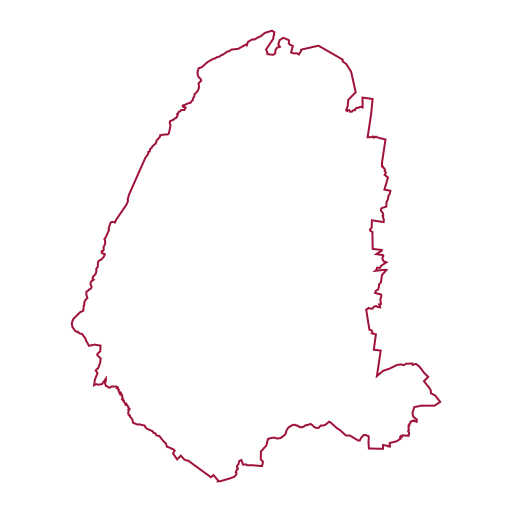 outline of Calvillo, Aguascalientes, Mexico
{"feature_id": "50627088B90552262632794", "entity_name": "Calvillo", "entity_type": "district", "adm_level": 2, "iso_a3": "MEX", "parent_name": "Mexico", "parent_adm1": "Aguascalientes", "projection": "mercator", "projection_center": [-102.712, 21.911], "detail": "fine", "context": "isolated", "style": "outline", "palette": "rose", "viewbox_px": 512, "rotation_deg": 0, "n_neighbors": 0, "source": "geoboundaries", "source_scale": "gbopen_adm2", "svg_char_len": 6001}
<svg xmlns="http://www.w3.org/2000/svg" viewBox="0 0 512 512"><path d="M390.4,190.8L384.4,189.6L388.0,177.5L384.6,174.9L385.8,173.1L385.6,172.2L384.6,170.9L385.0,170.2L384.5,168.7L383.0,167.3L382.7,166.4L382.0,166.4L382.0,162.6L385.5,139.5L377.9,137.6L376.2,136.7L375.0,136.9L374.5,137.6L373.6,137.5L373.3,136.6L372.7,136.5L371.8,137.1L367.6,137.3L371.1,114.3L372.6,99.0L362.5,97.6L362.6,107.4L361.4,106.9L359.8,107.0L358.5,107.8L356.9,107.8L355.9,108.3L354.9,110.2L354.3,109.9L353.5,110.2L351.8,111.7L349.9,111.7L349.4,110.2L347.9,110.2L347.2,111.0L346.1,110.3L347.6,106.6L348.3,99.9L355.7,92.2L351.1,71.6L346.3,64.1L342.6,61.3L342.7,59.6L318.5,45.7L301.4,49.6L301.0,49.9L301.1,50.9L298.9,54.5L297.0,53.3L293.6,53.4L291.1,52.5L292.8,46.0L289.5,44.4L288.7,43.0L289.1,41.5L288.9,40.2L284.4,38.2L282.9,38.0L279.6,40.2L278.3,44.5L279.9,46.8L277.5,47.5L276.4,48.5L275.6,49.8L275.1,53.6L273.2,54.8L267.5,54.2L267.0,51.5L266.0,49.6L273.3,38.7L273.5,36.0L274.3,34.6L274.0,34.1L274.4,32.2L272.0,30.7L265.0,32.8L260.4,36.5L257.7,37.5L254.8,39.4L252.0,39.5L248.0,41.9L246.8,45.3L246.1,44.4L238.3,48.8L231.4,49.6L229.2,51.2L227.4,51.5L222.8,54.7L220.9,55.3L219.7,56.6L217.3,57.0L215.0,58.5L213.2,58.8L207.5,62.1L202.1,66.9L200.8,67.7L199.2,67.9L198.4,68.7L198.2,70.4L197.5,71.3L197.7,74.8L198.8,77.4L200.6,78.8L201.2,80.7L198.6,83.2L199.0,86.2L198.7,88.7L197.4,91.3L194.5,94.3L194.4,96.1L192.9,98.7L192.8,100.2L191.6,101.2L190.6,102.7L187.3,103.6L184.2,105.3L183.3,105.2L182.7,105.6L182.8,106.5L183.5,107.0L185.6,107.5L184.3,110.0L181.1,110.1L180.1,111.3L178.6,112.0L177.9,113.8L177.2,114.0L177.6,115.3L176.4,117.8L175.1,118.2L173.7,119.6L170.0,121.2L169.7,122.3L170.5,125.7L168.9,133.2L168.2,134.2L166.8,134.5L164.5,134.5L160.2,135.2L160.2,136.1L159.6,137.3L156.7,140.4L155.8,143.3L152.3,146.5L151.5,148.1L150.0,149.1L149.8,151.4L148.2,152.0L148.2,153.9L145.3,157.9L128.9,194.9L127.7,199.7L128.0,201.1L126.3,204.9L116.1,219.8L115.0,222.5L113.2,221.9L111.2,222.1L110.2,223.6L108.6,228.8L109.0,230.1L105.5,237.7L104.4,239.0L105.0,240.0L105.2,243.6L103.5,247.3L103.7,249.9L103.2,250.7L101.7,251.2L101.8,253.1L104.8,254.1L104.7,254.7L103.6,257.0L101.0,259.8L99.7,260.1L98.5,261.2L98.0,262.5L97.7,267.1L96.2,268.8L96.5,270.7L95.6,274.0L93.1,276.6L92.5,278.6L93.7,279.7L91.1,281.5L90.5,283.0L90.7,284.8L91.6,286.8L91.5,287.6L90.4,289.0L88.8,289.7L87.9,290.9L86.4,291.7L86.3,294.7L87.4,297.9L85.2,300.3L85.0,301.2L84.4,301.9L84.3,305.2L83.7,305.7L83.3,310.7L79.9,312.4L73.2,319.1L71.8,323.3L72.4,327.0L75.3,331.0L78.1,332.4L78.2,332.1L79.7,333.5L82.1,334.0L85.8,339.1L86.0,340.5L89.0,345.8L94.7,344.6L100.5,345.6L100.3,351.2L97.4,353.8L97.3,355.2L100.6,358.3L100.3,362.3L98.2,368.3L97.4,368.6L95.7,370.4L97.5,373.1L94.9,379.6L94.1,385.2L96.1,384.2L98.6,384.7L102.0,384.1L105.9,378.6L105.8,381.1L104.9,382.9L105.8,385.8L106.9,386.2L109.1,387.7L110.2,387.5L111.5,386.5L116.4,386.5L117.7,387.3L116.9,388.3L118.8,389.5L118.4,389.9L119.0,392.0L120.1,392.2L119.9,393.3L121.0,393.2L121.3,394.2L120.8,394.6L122.1,395.1L121.8,396.0L122.7,397.7L122.0,399.0L123.2,399.5L122.9,400.4L123.8,400.7L123.6,401.3L125.3,403.5L125.3,404.6L126.5,405.1L126.7,404.5L127.5,406.1L128.2,406.4L128.4,407.6L129.6,408.9L128.3,409.6L128.8,410.4L128.2,412.5L128.5,414.7L130.0,415.5L129.8,416.4L131.6,418.3L132.6,420.3L133.0,422.7L137.6,424.6L139.2,424.3L144.7,425.6L145.3,427.2L147.1,428.8L152.9,431.4L153.3,432.7L155.4,433.4L156.0,434.9L156.8,435.6L159.3,435.9L162.9,440.6L166.0,443.6L166.9,446.7L170.2,447.8L171.5,448.8L172.4,448.8L174.3,450.1L174.7,450.7L173.0,453.4L177.1,459.4L180.8,455.7L184.1,459.3L186.4,460.5L188.0,460.5L210.9,477.2L213.5,475.1L218.4,480.9L218.1,481.3L220.4,481.2L230.6,478.2L234.4,476.7L236.4,474.4L236.4,472.8L235.8,472.3L236.9,469.4L237.5,469.4L237.9,468.2L236.9,466.8L236.9,466.1L238.5,464.1L239.2,461.1L241.3,460.0L243.0,464.6L245.8,464.4L247.5,465.3L251.9,465.2L262.0,466.1L263.0,461.8L260.8,459.5L260.9,451.5L266.3,445.6L268.0,438.9L271.2,438.0L274.7,437.6L277.0,438.6L280.7,438.0L284.9,434.8L286.0,432.7L286.4,430.5L288.7,427.2L292.7,425.0L294.5,424.7L296.6,425.7L297.3,425.4L299.5,427.1L300.2,426.9L301.3,427.4L303.6,426.7L305.5,425.3L308.3,424.8L310.5,423.9L312.9,425.5L313.9,426.8L315.8,427.8L318.4,428.0L321.0,425.4L322.4,425.7L325.3,424.9L329.1,421.7L330.4,422.3L337.3,428.5L339.5,429.7L345.6,435.2L346.5,435.6L349.0,435.4L350.5,435.9L358.2,440.5L359.8,440.5L360.9,438.1L363.7,435.1L364.9,434.9L368.4,436.0L368.8,437.8L368.5,442.1L368.9,448.5L383.0,448.8L383.0,445.0L388.5,446.0L388.5,446.5L390.0,446.5L389.7,443.0L396.3,441.4L400.6,438.7L400.0,437.5L400.7,436.1L402.0,436.8L402.5,435.3L408.4,435.8L408.2,435.3L409.1,434.2L409.1,432.7L408.1,431.1L408.9,430.1L408.4,427.2L409.0,426.3L408.6,425.4L409.4,425.0L409.3,424.2L410.5,422.8L410.6,421.7L413.1,420.5L413.5,421.1L414.2,421.1L414.4,420.7L416.6,421.8L416.9,419.6L413.2,416.6L412.5,412.7L414.3,407.1L421.2,405.7L434.5,405.7L440.2,401.9L435.3,395.6L431.0,393.3L430.7,390.2L429.0,387.5L424.0,381.2L428.2,376.8L424.3,373.1L420.7,368.1L419.7,367.4L419.6,366.7L416.0,363.9L412.7,364.9L412.4,363.5L406.4,363.7L404.3,364.9L403.1,365.1L401.2,364.4L397.2,364.9L389.6,368.6L383.1,370.8L376.9,376.1L380.7,350.6L373.8,349.7L375.9,334.4L371.9,333.3L372.4,332.5L371.6,330.4L369.4,329.7L366.2,309.5L367.7,308.9L368.5,307.9L370.8,308.7L372.5,308.7L373.8,306.8L376.1,306.0L377.3,306.8L380.1,307.3L379.1,304.4L380.6,304.4L381.0,303.9L380.3,299.8L381.4,295.7L381.1,294.5L375.1,293.0L375.8,290.8L378.1,289.5L379.0,286.5L379.0,284.6L380.9,282.4L382.0,275.0L386.4,270.0L384.7,269.8L375.4,270.8L376.4,270.0L377.0,267.7L379.9,267.9L381.1,265.8L386.4,262.3L383.6,261.3L382.4,258.7L382.4,257.8L383.4,255.9L382.9,255.1L376.3,254.1L379.8,251.8L381.5,251.1L381.8,250.0L372.7,248.9L372.4,231.9L370.5,231.0L369.9,229.6L371.7,227.7L371.9,220.3L383.6,222.1L383.9,219.7L383.0,217.6L383.2,216.2L382.6,215.8L383.2,215.0L383.1,213.7L380.9,210.4L381.0,209.2L381.7,208.1L386.3,206.6L386.5,202.0L387.9,199.4L388.3,196.4L389.9,193.4L390.4,190.8Z" fill="none" stroke="#9f1239" stroke-width="2"/></svg>